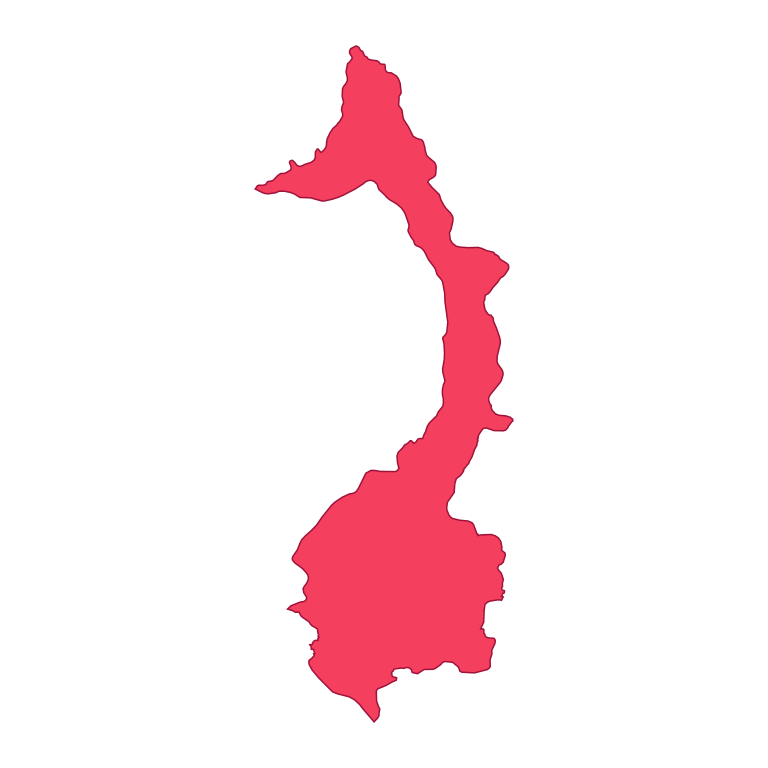 Samakkhixay, Attapu, Laos (Albers equal-area conic projection)
{"feature_id": "54806243B43927962205569", "entity_name": "Samakkhixay", "entity_type": "district", "adm_level": 2, "iso_a3": "LAO", "parent_name": "Laos", "parent_adm1": "Attapu", "projection": "albers", "projection_center": [106.794, 14.975], "detail": "fine", "context": "isolated", "style": "filled", "palette": "rose", "viewbox_px": 768, "rotation_deg": 0, "n_neighbors": 0, "source": "geoboundaries", "source_scale": "gbopen_adm2", "svg_char_len": 6091}
<svg xmlns="http://www.w3.org/2000/svg" viewBox="0 0 768 768"><path d="M255.2,189.0L262.4,192.6L265.4,193.6L268.3,193.8L275.7,192.8L278.8,191.3L284.3,191.2L290.3,192.4L294.4,194.0L300.0,197.5L310.5,197.8L321.9,201.0L324.3,201.0L332.3,199.2L338.3,197.3L343.6,195.0L354.8,189.2L362.5,184.3L366.0,181.5L368.4,180.6L370.7,180.3L373.9,181.2L377.1,184.2L378.6,188.9L379.2,189.8L384.9,195.1L386.5,197.1L389.3,199.5L397.3,204.3L401.5,208.1L404.0,211.6L405.5,214.6L409.0,224.9L408.9,227.1L408.0,230.2L408.3,231.8L411.3,237.5L413.5,240.5L414.9,244.5L416.4,245.7L419.9,247.1L422.1,248.7L424.4,251.5L428.7,260.0L434.5,267.6L435.5,269.6L437.1,274.6L441.7,280.0L442.7,282.3L444.7,293.3L445.0,301.9L447.8,322.2L446.9,331.4L446.0,334.0L442.9,337.4L442.7,338.4L444.0,343.6L444.5,353.0L444.3,359.2L442.6,369.0L442.9,372.5L444.7,379.7L444.8,381.8L443.5,384.4L442.4,390.0L442.4,394.3L443.3,398.8L443.4,402.7L442.9,406.1L438.5,411.6L436.6,415.8L429.4,422.9L427.3,426.3L425.6,431.6L423.9,434.9L422.6,438.6L419.4,438.5L417.8,439.2L416.1,441.8L413.9,443.3L411.3,440.7L410.3,440.7L407.7,443.3L404.6,445.0L402.5,448.0L398.2,452.3L397.0,455.9L397.5,462.8L398.9,468.3L398.0,469.8L396.7,471.0L395.1,471.6L380.3,471.4L374.1,470.4L370.8,470.5L365.9,473.2L358.9,487.4L356.6,491.2L354.9,492.5L352.7,493.4L349.5,493.9L342.3,497.2L335.0,502.1L331.6,505.2L321.9,517.3L316.6,525.1L311.4,530.5L305.4,535.8L301.9,539.6L300.1,542.9L297.5,549.6L292.9,556.4L292.2,558.7L292.5,560.0L294.7,562.8L302.4,568.5L305.7,572.0L307.7,574.7L308.4,577.2L308.3,579.5L306.8,583.0L304.2,586.5L303.1,588.7L303.8,592.8L306.6,597.2L306.5,598.6L305.6,600.4L303.9,601.5L300.1,602.1L290.9,605.8L287.5,609.1L292.5,610.6L295.4,612.3L298.9,612.1L301.1,616.0L302.3,617.2L309.1,621.9L310.5,624.3L311.9,625.7L317.1,628.7L317.7,630.0L317.6,631.9L318.5,634.4L318.1,636.4L319.0,637.4L317.9,638.4L317.9,640.5L315.3,640.3L313.4,641.5L312.1,644.5L309.8,644.7L311.3,646.9L311.2,649.1L312.0,649.5L312.6,649.2L313.5,649.5L314.7,653.3L313.6,653.9L314.4,655.1L314.0,655.8L311.3,658.8L309.2,660.1L308.8,662.0L309.2,664.7L312.0,669.8L318.7,677.9L332.6,691.9L337.9,694.0L348.9,696.7L354.6,699.8L359.9,704.8L362.3,708.1L374.1,721.9L377.8,717.8L378.9,715.8L379.2,711.9L379.7,710.0L379.6,708.6L378.4,706.4L376.6,701.0L376.3,691.6L376.6,690.3L378.0,688.7L386.1,685.4L391.7,682.2L396.3,680.2L396.7,677.9L395.7,677.4L393.3,677.0L392.5,676.4L391.9,675.3L391.8,673.4L391.4,673.0L392.3,671.6L393.3,670.9L394.0,669.1L401.1,668.0L403.7,668.4L406.4,667.5L409.2,667.8L411.5,669.8L412.2,672.5L417.5,673.7L424.1,669.5L432.9,669.3L435.1,668.6L440.7,664.6L442.5,662.5L444.9,661.5L452.6,662.3L457.9,666.6L458.9,668.1L459.8,671.1L461.8,672.2L474.5,672.9L487.6,669.5L489.5,667.8L490.2,666.7L490.1,659.8L491.9,654.0L491.7,650.3L494.9,643.6L495.3,640.2L494.0,638.3L488.9,638.0L486.3,637.2L485.0,635.7L484.9,634.4L483.9,633.1L483.8,629.4L482.8,628.9L480.6,628.9L483.7,622.3L484.1,611.1L485.0,604.3L487.5,602.2L490.0,601.1L497.5,599.9L499.8,599.9L501.4,600.4L503.2,596.9L501.4,596.4L502.4,594.9L502.5,593.5L504.2,593.0L504.6,591.3L504.3,590.6L502.4,590.3L501.6,588.8L501.8,587.4L502.5,586.7L502.4,583.2L503.2,580.3L503.1,578.5L501.1,572.9L498.9,570.5L497.5,568.1L499.0,565.0L501.3,564.1L503.2,562.3L505.3,555.3L505.0,553.0L502.2,550.8L501.6,549.9L501.9,547.3L500.9,541.8L498.4,537.9L495.2,535.8L491.2,534.5L481.2,534.9L477.8,535.5L478.0,534.4L477.3,533.7L476.5,533.4L476.4,532.3L473.6,524.8L472.0,522.7L468.0,521.0L459.5,520.2L452.4,518.4L450.4,516.8L448.8,514.8L446.9,510.1L446.7,508.0L447.4,502.3L454.2,492.5L454.8,483.8L456.3,478.6L460.4,475.6L463.3,471.6L463.7,470.6L463.4,470.0L467.7,464.3L468.6,463.8L469.3,461.6L472.1,456.6L474.6,449.4L476.8,445.4L477.2,442.6L477.9,440.8L477.9,439.9L477.3,439.1L478.4,437.7L478.1,436.4L479.2,434.1L482.5,429.2L484.3,428.1L486.4,428.0L494.0,430.6L503.3,430.8L505.6,430.1L507.7,427.9L508.4,426.3L511.9,421.6L512.8,421.1L512.7,419.3L510.1,417.2L505.9,415.9L498.7,415.2L495.4,413.8L492.0,410.1L491.2,407.6L491.3,405.4L490.0,404.0L488.6,400.2L488.8,397.3L490.4,394.5L500.3,382.3L501.6,379.7L503.0,374.9L503.0,372.4L502.0,369.8L497.8,363.9L497.0,361.3L497.2,356.2L500.3,343.5L500.3,340.6L499.6,337.3L496.4,328.0L493.5,321.2L493.1,317.9L491.1,315.3L489.0,314.8L487.9,314.0L485.0,309.6L483.7,302.7L483.8,301.6L484.8,299.4L485.1,295.8L486.4,294.5L488.1,293.8L490.3,291.4L492.7,287.8L497.8,282.1L500.6,277.8L503.0,276.5L505.5,273.8L508.3,269.3L508.7,268.3L508.6,265.6L508.0,264.5L506.7,263.3L499.9,259.0L498.9,256.9L497.4,255.4L495.9,254.7L495.1,254.8L494.7,253.5L493.6,252.3L486.6,250.6L482.0,248.5L478.0,247.4L468.5,247.7L459.7,247.1L456.1,246.1L452.3,243.2L450.2,239.4L449.4,232.9L451.1,229.2L452.8,221.4L453.0,218.0L452.2,215.6L450.4,212.9L446.2,208.6L443.7,205.1L440.9,199.8L439.3,194.6L431.8,187.2L427.8,182.2L427.9,181.6L429.6,179.5L433.7,177.1L435.3,175.5L435.7,173.9L436.2,167.2L435.9,165.2L434.6,162.4L428.3,157.2L426.6,155.3L425.3,150.7L424.7,146.9L423.3,142.1L422.5,140.7L421.5,139.8L416.8,138.4L413.1,136.2L408.7,127.3L404.0,120.0L403.0,117.3L401.9,109.9L398.6,105.2L399.1,98.2L398.8,96.7L401.0,93.4L401.1,92.3L400.2,83.5L398.4,78.7L396.6,76.2L391.3,72.8L388.7,72.8L386.5,71.8L385.4,69.9L385.0,64.9L384.4,64.3L381.9,64.2L380.2,63.7L378.7,61.8L377.0,60.8L371.2,60.0L368.2,59.1L366.9,57.1L364.5,55.8L362.7,51.5L360.5,50.3L358.9,47.4L356.8,46.1L355.7,46.1L350.7,48.7L349.6,50.8L349.6,53.2L352.0,57.1L352.1,58.6L349.3,62.3L347.7,63.5L347.4,64.4L346.0,72.0L347.3,77.3L347.4,80.6L346.0,83.3L343.3,86.9L342.5,88.9L342.2,96.3L343.6,102.4L341.9,107.0L341.5,110.0L342.7,113.9L342.7,116.1L339.5,121.7L337.7,123.4L336.9,124.9L332.9,128.5L330.3,132.3L327.4,138.3L326.6,141.9L326.3,146.4L324.5,149.4L321.7,152.1L320.8,152.3L318.1,149.0L317.2,149.0L315.4,151.9L315.3,157.0L315.0,158.4L314.0,160.2L311.1,162.4L305.1,164.3L301.2,166.2L298.4,166.2L296.8,165.1L294.7,162.4L292.8,160.6L291.8,160.3L290.7,160.7L289.9,161.3L289.4,162.4L291.2,167.1L291.0,169.0L290.3,170.2L284.9,173.3L280.9,173.5L280.0,173.9L277.7,175.6L273.5,180.0L271.9,180.9L267.7,181.6L265.3,184.8L262.3,185.3L258.9,185.2L257.5,185.7L255.2,189.0Z" fill="#f43f5e" stroke="#9f1239" stroke-width="1.5"/></svg>